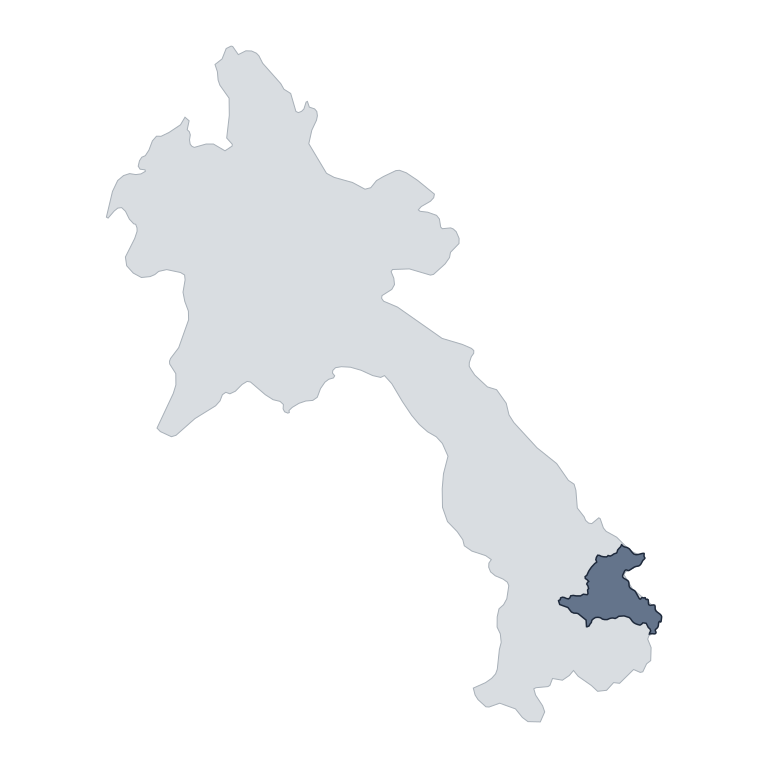 Xékong on a map of Laos (orthographic projection)
{"feature_id": "LAO-3295", "entity_name": "Xékong", "entity_type": "Province", "adm_level": 1, "iso_a3": "LAO", "parent_name": "Laos", "parent_adm1": "", "projection": "orthographic", "projection_center": [107.128, 15.614], "detail": "fine", "context": "in_parent", "style": "filled", "palette": "slate", "viewbox_px": 768, "rotation_deg": 0, "n_neighbors": 0, "source": "natural_earth", "source_scale": "10m", "svg_char_len": 6151}
<svg xmlns="http://www.w3.org/2000/svg" viewBox="0 0 768 768"><path d="M258.9,55.8L262.7,63.3L280.8,83.7L283.9,89.2L290.7,93.5L295.9,111.4L298.3,112.6L301.5,111.4L303.9,109.0L306.1,102.1L307.4,101.4L309.3,107.1L314.6,108.9L316.8,111.5L317.4,115.8L316.5,120.2L311.8,130.2L308.8,143.7L326.5,173.3L334.2,177.4L352.5,182.5L365.0,189.2L370.8,187.7L376.5,180.6L383.3,176.6L395.9,170.6L399.5,170.3L406.3,172.8L417.5,180.3L434.4,194.1L433.7,197.7L430.5,201.2L421.3,206.5L418.3,209.9L420.1,211.3L427.7,212.2L436.6,215.4L439.4,219.0L440.7,227.1L442.3,228.7L450.7,227.9L453.3,229.0L456.2,231.7L459.1,238.4L459.0,243.5L450.5,252.3L449.5,257.6L445.1,263.9L433.5,274.4L430.4,275.1L409.4,268.9L392.5,269.5L391.1,271.7L393.8,278.2L394.5,284.6L391.8,289.4L382.0,295.6L381.6,298.3L383.6,301.2L397.5,307.1L442.1,338.4L462.5,344.5L471.5,348.4L473.8,350.6L473.7,353.3L471.3,356.7L469.3,362.7L469.2,366.3L471.3,369.9L474.8,375.1L487.4,386.9L496.6,389.7L506.2,403.2L509.0,414.9L513.8,422.5L537.1,447.9L556.7,463.6L568.4,480.4L574.1,484.2L575.9,490.3L577.3,508.0L584.2,516.9L585.6,520.4L588.6,523.1L591.8,523.6L598.8,517.8L600.2,518.7L603.4,528.0L606.2,531.4L616.7,537.2L627.8,548.4L633.7,552.5L641.3,555.7L642.3,559.3L641.0,562.9L638.6,565.2L625.6,571.8L623.9,574.6L632.5,589.0L654.0,606.8L660.8,617.5L659.3,622.6L653.4,633.0L648.9,635.8L647.7,639.1L651.1,647.6L650.7,660.6L646.6,663.8L642.8,671.8L640.2,672.4L633.6,669.5L619.6,683.3L613.6,682.6L606.6,690.3L597.6,691.3L591.4,685.5L578.2,676.3L573.5,670.5L569.3,675.5L562.4,680.2L552.5,678.5L549.9,685.4L547.9,686.6L536.0,687.7L533.8,688.8L535.6,695.1L542.6,705.8L544.7,711.9L540.3,721.9L527.9,721.6L522.4,717.5L515.5,708.9L499.7,703.2L489.1,707.0L485.9,706.8L478.0,699.6L475.1,695.0L473.3,688.1L485.4,682.7L491.6,678.4L495.6,673.9L497.3,669.2L499.4,649.4L501.2,642.4L500.3,633.8L497.1,627.1L497.2,616.9L499.0,608.8L503.6,604.7L506.8,598.8L508.8,585.7L507.4,582.2L502.9,579.0L495.3,575.8L490.6,571.9L488.7,567.2L488.9,563.1L491.3,559.6L485.6,555.6L471.9,551.1L464.3,545.8L462.8,539.7L457.2,531.6L447.5,521.6L442.5,507.3L442.2,488.8L443.5,473.7L448.0,456.2L442.4,443.5L436.3,436.8L427.6,431.8L419.4,424.6L411.7,415.4L402.5,401.7L391.8,383.7L384.5,375.6L380.7,377.4L372.8,375.6L360.9,370.2L350.4,367.2L341.4,366.7L335.5,367.7L332.8,370.4L332.5,373.1L334.7,375.8L333.5,377.9L328.7,379.3L324.9,382.2L320.5,388.6L317.3,397.2L312.8,400.4L305.8,401.0L299.0,403.3L292.2,407.4L289.0,410.5L289.3,412.6L287.8,413.1L284.6,411.8L283.1,408.9L283.4,404.5L280.1,401.4L273.1,399.7L265.3,394.7L250.5,382.0L247.1,381.4L242.0,384.5L235.4,391.2L229.9,393.8L225.8,392.3L222.4,394.7L220.0,400.9L215.6,405.8L194.9,418.6L176.0,435.3L171.4,436.7L160.4,431.6L157.0,428.1L173.3,393.4L175.9,384.9L175.8,373.6L169.7,364.0L169.5,361.2L170.6,358.4L178.7,347.7L188.6,319.8L188.4,311.1L184.8,301.4L183.0,292.2L185.1,279.9L184.6,275.0L180.5,272.5L166.7,269.6L158.7,271.4L154.8,274.6L150.1,276.6L141.4,277.5L133.3,273.1L126.7,265.8L125.4,257.0L134.7,238.5L137.1,231.3L137.0,227.9L135.7,224.3L133.7,223.8L129.4,219.2L125.5,211.3L121.6,207.6L117.8,208.1L114.2,211.0L108.1,218.1L106.4,217.1L112.5,191.4L117.7,180.5L123.5,175.6L129.6,173.6L135.8,174.6L141.0,173.9L145.4,171.3L145.0,169.8L140.1,169.2L138.2,166.2L139.5,160.7L141.8,157.2L145.3,155.7L148.9,150.2L152.4,140.9L156.5,136.2L161.1,136.3L169.1,132.4L180.5,124.8L185.0,117.2L189.1,120.8L187.2,129.7L189.3,131.7L190.3,134.9L189.5,139.9L190.2,144.2L191.9,146.3L194.3,147.4L206.2,144.0L213.4,144.0L225.0,150.8L232.1,146.1L232.3,144.3L226.7,138.0L229.3,115.4L229.1,98.2L219.9,85.2L218.1,80.0L217.4,71.7L215.0,64.5L222.1,58.9L226.2,48.5L231.1,46.1L232.7,46.5L238.3,54.6L245.9,50.8L251.6,51.0L256.4,53.2L258.9,55.8Z" fill="#d9dde1" stroke="#a8b0b8" stroke-width="1"/><path d="M621.7,544.6L622.1,545.2L623.0,546.1L624.2,546.8L625.2,547.1L626.3,547.3L627.4,547.6L629.4,548.9L632.2,552.5L633.9,554.1L636.0,554.7L638.2,554.5L642.4,553.4L643.9,553.3L644.2,553.7L644.1,554.6L644.0,556.1L644.3,557.0L644.8,557.6L644.9,558.3L644.0,559.4L642.9,560.4L640.9,564.1L639.7,565.4L638.6,566.0L635.8,566.5L634.4,567.0L629.2,570.4L628.5,570.6L627.8,570.5L627.2,570.2L626.4,569.9L625.4,570.1L624.6,571.0L622.7,575.2L622.6,576.9L623.5,578.0L627.6,580.5L628.4,581.3L628.8,582.4L629.1,585.7L629.4,586.9L630.2,588.0L631.4,589.0L634.3,590.5L635.3,591.4L639.3,598.6L640.2,599.2L640.8,598.9L641.2,598.2L642.0,597.6L642.5,597.6L644.0,598.0L644.5,597.9L644.9,597.6L645.2,597.7L645.6,598.6L645.9,599.2L646.2,599.5L646.6,599.5L647.2,599.2L648.2,599.8L648.4,601.3L648.4,603.2L648.7,604.6L650.1,605.4L653.4,604.9L654.7,605.2L655.0,605.9L655.1,606.2L655.2,609.2L655.7,610.6L656.6,611.6L660.0,614.1L661.1,615.3L661.6,616.4L661.6,617.6L661.1,621.4L660.9,621.8L660.4,622.0L660.0,621.6L659.6,621.4L658.8,622.1L658.6,622.8L658.4,625.4L658.0,626.9L657.2,628.0L656.7,628.5L655.7,629.3L655.3,629.9L655.3,630.7L656.0,632.1L656.0,632.9L655.1,633.8L654.0,633.9L651.9,633.6L650.7,633.7L649.4,634.1L649.5,633.1L650.7,630.9L650.0,629.0L648.3,627.5L646.2,623.3L642.9,622.8L641.6,624.2L640.0,625.1L637.6,624.5L635.3,623.6L633.5,622.5L632.1,621.0L630.8,619.1L629.4,617.6L624.1,615.9L618.7,616.3L617.0,617.6L615.1,618.5L613.0,618.0L611.3,618.1L609.7,618.5L607.2,619.6L604.6,619.6L602.4,619.1L600.4,617.7L598.0,617.3L595.5,617.5L593.5,618.7L591.9,620.2L591.6,621.2L591.4,622.3L590.8,623.2L590.0,624.1L589.1,625.9L587.4,626.7L586.9,626.8L586.5,626.7L586.1,620.1L578.2,613.7L576.6,613.2L573.9,613.1L571.4,612.0L567.9,607.5L564.0,606.1L559.7,604.5L558.5,600.7L559.3,600.1L560.2,599.8L560.6,597.9L562.4,597.2L564.3,597.5L566.2,598.4L568.4,598.9L569.9,597.8L570.7,595.8L573.3,595.4L576.1,595.9L580.6,595.9L583.3,594.2L587.1,594.7L588.0,593.7L587.8,591.9L587.6,590.9L587.6,589.9L588.2,589.0L588.6,588.6L588.0,586.1L586.7,584.0L587.6,582.3L588.7,581.4L587.2,579.8L585.3,578.5L585.1,576.6L586.8,575.3L588.8,571.0L591.4,567.2L594.9,563.4L595.9,562.8L596.7,562.1L596.3,560.8L595.8,559.7L596.4,557.3L597.7,555.2L599.5,555.4L601.2,556.3L603.8,556.8L606.5,556.9L607.5,556.3L608.1,555.5L610.2,556.1L612.1,555.2L613.9,553.9L616.6,553.0L617.2,551.7L617.6,550.1L619.0,548.4L620.5,546.9L621.6,544.8L621.6,544.6L621.7,544.6Z" fill="#64748b" stroke="#1e293b" stroke-width="1.5"/></svg>